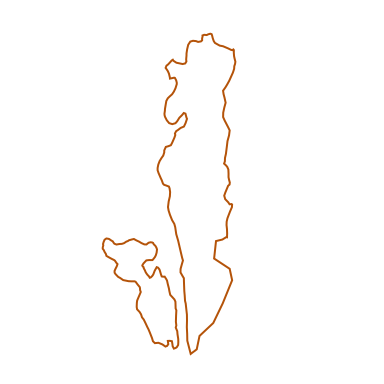 outline of Österåker, Stockholm, Sweden, rotated 111°
{"feature_id": "70781695B57297019096090", "entity_name": "Österåker", "entity_type": "district", "adm_level": 2, "iso_a3": "SWE", "parent_name": "Sweden", "parent_adm1": "Stockholm", "projection": "robinson", "projection_center": [18.439, 59.512], "detail": "fine", "context": "isolated", "style": "outline", "palette": "amber", "viewbox_px": 384, "rotation_deg": 111, "n_neighbors": 0, "source": "geoboundaries", "source_scale": "gbopen_adm2", "svg_char_len": 4405}
<svg xmlns="http://www.w3.org/2000/svg" viewBox="0 0 384 384"><g transform="rotate(111 192 192)"><path d="M221.7,143.1L218.2,144.3L214.2,146.0L210.5,147.9L207.3,149.0L203.8,149.5L196.7,149.5L191.8,149.3L189.3,150.1L189.1,150.8L190.0,152.5L188.6,154.5L186.8,158.4L183.9,160.6L180.6,160.7L173.2,160.5L171.6,159.6L169.6,160.1L167.3,161.8L165.1,163.2L161.9,164.4L158.0,166.1L156.0,168.0L155.0,169.7L154.0,172.2L151.6,172.3L148.4,173.4L144.2,174.0L136.1,176.0L131.8,177.1L125.9,177.7L121.0,178.9L119.0,181.0L115.8,184.6L113.6,187.1L110.9,189.8L106.7,191.3L101.6,192.1L96.6,192.6L92.2,195.5L89.3,197.6L86.3,199.3L82.4,198.3L79.1,197.7L74.8,197.1L65.9,196.6L61.9,196.8L59.4,197.6L57.0,197.7L54.8,198.2L52.1,200.1L50.1,201.4L47.2,202.8L44.5,203.8L44.1,204.5L45.1,205.1L45.3,206.4L45.0,209.8L44.8,215.3L45.4,218.6L45.0,221.4L44.6,224.0L43.3,225.8L40.9,227.8L38.6,229.4L37.6,230.3L37.7,231.7L39.0,233.4L40.2,234.5L40.9,237.0L42.1,238.3L42.8,237.9L45.0,237.6L46.8,236.9L48.2,237.6L49.7,240.1L49.7,242.4L50.5,245.3L52.2,247.5L55.9,248.3L60.4,247.7L64.5,246.8L66.7,246.0L70.2,245.0L72.2,244.0L74.4,244.4L75.9,246.6L76.4,249.8L76.9,252.9L76.1,256.5L75.4,257.3L76.5,258.1L79.4,259.2L81.6,260.1L83.2,261.1L85.6,261.1L86.9,259.1L87.9,257.8L89.8,255.9L93.0,253.7L94.0,253.2L93.3,252.1L92.4,250.7L91.7,249.7L91.6,248.9L93.4,246.8L95.4,245.4L96.7,244.9L101.0,244.6L104.8,244.9L107.9,245.6L111.0,247.2L113.2,248.2L116.2,248.6L120.2,247.8L124.1,247.0L126.0,246.4L128.7,245.8L130.0,245.2L131.4,244.2L134.1,241.2L135.9,238.0L135.7,234.7L133.7,232.1L131.3,231.2L127.2,230.4L123.9,228.9L121.2,228.0L121.2,226.2L124.4,223.9L125.5,222.9L130.0,222.7L133.8,223.0L136.2,225.5L137.3,226.2L139.1,227.3L140.9,228.6L143.5,228.9L144.8,228.0L147.5,227.9L153.4,228.2L155.9,228.5L157.8,230.6L159.3,232.6L163.1,232.8L165.0,232.1L168.3,231.9L171.4,232.7L174.8,233.3L178.5,233.3L181.9,232.7L184.0,231.9L186.2,230.1L190.1,226.3L191.8,224.5L194.6,222.1L195.3,220.6L195.2,218.7L195.2,215.5L196.7,214.2L199.9,212.4L204.0,211.1L209.1,210.4L214.7,209.0L217.7,207.2L221.2,204.4L225.4,200.5L228.1,197.1L230.8,195.1L233.1,193.8L237.0,191.6L242.4,187.5L249.2,182.9L253.2,180.2L257.0,177.6L259.2,175.9L262.9,175.6L267.9,175.1L271.2,173.9L273.6,171.0L275.4,168.7L278.3,167.5L281.6,166.1L287.2,163.7L291.5,161.6L296.1,159.5L298.4,157.9L302.3,155.9L308.3,152.8L313.8,150.6L320.0,148.4L326.1,145.7L332.5,143.1L343.6,135.2L337.2,131.2L323.7,133.4L306.7,125.2L285.0,123.4L260.0,122.9L250.2,129.3L246.2,147.5L229.2,152.0L225.5,146.6L221.8,143.8L221.7,143.1ZM338.9,159.4L338.5,157.3L341.0,155.8L342.9,154.8L344.7,152.8L343.5,151.4L342.4,150.6L339.8,150.1L337.0,151.0L334.1,152.2L329.9,154.6L327.2,155.9L324.4,158.6L322.2,158.8L319.0,160.5L313.3,162.5L308.1,164.2L306.5,165.6L303.8,166.7L301.9,167.5L300.3,168.2L298.6,169.9L295.8,175.5L292.5,177.7L290.3,179.0L286.5,181.7L283.6,183.6L282.5,184.9L280.8,187.2L281.4,188.5L281.7,190.0L280.1,191.4L277.2,193.6L276.0,194.6L274.8,196.6L274.8,198.0L278.8,198.6L282.9,198.6L284.6,199.0L286.4,199.8L287.2,200.7L286.4,201.7L286.0,202.3L285.5,203.5L284.6,205.0L283.5,206.5L281.9,208.0L280.6,209.6L279.5,210.3L279.1,211.4L278.3,212.1L276.1,211.7L273.6,210.7L272.2,210.1L271.4,208.6L270.8,207.4L270.3,205.9L269.7,204.5L268.0,203.9L266.0,203.3L264.0,203.1L261.3,203.3L258.1,204.1L256.6,205.4L255.4,206.9L254.5,209.0L253.5,210.1L253.4,211.1L253.8,212.7L254.9,214.3L256.0,215.0L257.3,215.7L258.0,217.7L257.8,220.9L257.3,223.7L257.1,226.7L256.7,229.4L257.7,230.9L258.8,232.4L259.5,233.4L260.9,234.4L261.8,235.5L263.1,236.4L264.2,237.2L265.4,238.7L265.8,239.4L266.3,240.6L266.9,241.7L268.1,243.7L268.1,245.9L267.4,247.1L266.5,248.2L266.1,250.5L265.6,252.4L265.7,253.6L266.1,255.3L267.9,256.5L270.2,256.6L272.5,256.4L273.6,255.7L275.6,255.5L277.0,255.0L277.8,253.6L279.2,252.2L280.7,250.2L282.3,249.0L282.7,246.6L283.2,243.0L283.4,240.6L283.7,239.4L285.3,237.1L286.0,235.7L288.2,235.6L291.1,235.9L293.5,236.0L295.1,235.3L296.1,233.9L297.7,230.5L298.0,228.3L298.9,224.7L298.0,219.3L297.2,216.8L296.0,213.6L296.0,212.5L297.8,209.7L299.5,206.7L300.4,206.1L302.2,205.3L303.7,204.0L307.3,204.1L309.8,204.2L313.0,204.3L315.1,203.8L317.5,203.0L319.2,202.4L321.2,201.2L322.8,197.9L324.5,195.7L326.9,193.8L328.4,191.3L331.2,188.3L334.0,185.4L335.8,183.4L338.2,181.1L342.8,176.9L345.3,175.0L346.4,172.5L344.8,169.3L344.9,165.0L345.8,161.4L344.6,160.1L342.6,159.6L339.7,161.2L338.9,159.4Z" fill="none" stroke="#b45309" stroke-width="2"/></g></svg>